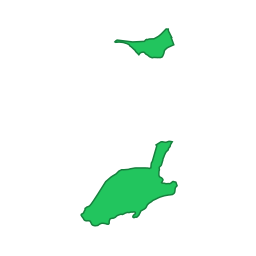 Miri, Sarawak, Malaysia, rotated 61°
{"feature_id": "92858781B82463401188704", "entity_name": "Miri", "entity_type": "district", "adm_level": 2, "iso_a3": "MYS", "parent_name": "Malaysia", "parent_adm1": "Sarawak", "projection": "natural_earth1", "projection_center": [115.075, 3.792], "detail": "fine", "context": "isolated", "style": "filled", "palette": "green", "viewbox_px": 256, "rotation_deg": 61, "n_neighbors": 0, "source": "geoboundaries", "source_scale": "gbopen_adm2", "svg_char_len": 3578}
<svg xmlns="http://www.w3.org/2000/svg" viewBox="0 0 256 256"><g transform="rotate(61 128 128)"><path d="M198.4,112.5L198.2,112.8L197.9,113.2L196.6,114.5L196.6,115.3L197.0,117.3L196.9,118.6L196.3,119.4L195.1,121.9L194.3,122.6L193.8,123.2L193.3,124.1L192.4,125.0L191.8,125.0L191.6,124.4L191.0,123.4L190.5,122.7L189.9,122.4L188.5,122.6L187.6,123.0L186.9,123.5L185.8,124.1L184.3,123.9L182.0,122.6L181.0,122.0L179.8,120.8L179.1,120.5L178.0,120.1L177.5,119.6L177.2,118.7L176.9,117.5L176.5,116.7L175.9,116.1L174.1,114.3L173.3,113.4L172.0,112.4L171.2,111.4L170.6,110.6L169.5,109.4L167.7,106.9L167.3,105.9L166.9,104.6L166.7,103.6L165.9,102.8L165.4,102.2L165.0,101.5L164.8,100.6L164.5,100.1L163.4,99.1L162.9,98.5L162.6,97.9L161.5,96.0L160.7,96.9L159.8,98.1L159.4,99.0L159.2,100.4L158.9,101.8L158.2,102.8L157.3,103.9L156.7,104.6L156.1,105.8L156.4,111.7L157.6,111.5L168.9,122.8L169.9,124.5L171.5,125.7L173.9,127.3L173.7,129.0L172.7,130.0L171.3,132.3L166.4,141.2L164.8,145.8L164.4,147.7L162.4,152.1L161.4,153.8L161.3,157.1L161.8,158.6L162.4,160.9L162.5,164.4L162.7,166.9L163.7,171.5L164.1,173.5L171.4,186.8L175.0,193.6L176.3,196.3L176.9,197.6L177.5,199.3L177.5,200.8L177.2,202.3L177.5,204.0L177.5,204.5L179.0,205.5L179.4,206.4L179.8,207.0L180.3,207.4L180.7,208.2L180.9,209.4L180.8,210.5L181.4,211.2L182.4,211.2L183.1,211.2L184.5,211.0L185.5,210.9L186.2,210.9L187.0,210.9L187.5,210.7L188.1,210.4L188.8,209.7L189.3,208.9L189.6,208.1L190.4,206.9L191.1,206.3L191.9,206.3L192.6,206.3L193.4,206.3L194.3,206.4L195.0,206.3L195.6,206.1L196.2,205.7L197.1,204.8L197.6,204.1L197.9,203.4L198.6,201.6L198.4,200.6L198.3,199.4L198.4,198.0L198.7,196.9L199.3,195.9L200.2,194.7L200.9,193.9L202.0,192.9L202.6,191.9L202.5,191.2L202.1,190.6L200.8,189.9L199.9,189.1L199.3,188.4L198.8,187.6L198.9,186.6L199.2,185.9L199.5,185.0L199.8,184.4L199.9,183.4L199.9,182.3L199.4,180.2L199.5,178.4L199.7,177.5L199.8,176.5L200.2,175.8L200.4,175.4L200.9,174.9L201.0,174.2L201.1,173.1L201.1,172.2L201.1,171.4L201.3,170.7L201.4,169.7L201.8,169.1L202.5,168.1L202.8,166.8L202.9,166.1L203.4,165.5L203.6,165.1L203.9,164.4L204.2,163.6L204.7,162.8L205.5,162.6L206.1,162.8L206.6,163.5L206.7,164.4L206.9,165.2L207.1,165.8L207.8,166.7L208.5,166.9L209.2,166.4L209.4,165.9L209.5,165.0L209.7,164.4L210.1,163.9L210.2,163.0L209.9,162.1L209.5,160.8L208.6,159.5L207.6,158.0L206.8,157.0L206.8,155.7L206.8,153.8L206.8,152.8L206.5,151.3L205.9,150.2L205.0,149.0L204.6,148.3L204.3,147.3L204.0,146.3L203.8,143.1L203.6,142.2L203.4,141.3L203.7,137.5L203.7,136.3L203.8,135.1L203.9,133.8L204.2,132.2L204.9,129.0L206.3,124.9L206.8,123.8L207.4,122.2L207.7,121.4L207.6,120.1L207.3,119.0L206.8,118.3L206.2,117.8L205.4,117.2L204.5,116.6L204.0,116.2L203.3,115.6L202.6,114.2L202.5,113.4L202.2,113.0L201.4,112.9L200.2,112.7L199.5,112.5L198.4,112.5ZM69.2,83.0L68.4,81.4L68.3,79.9L68.9,78.0L69.6,77.2L70.1,77.0L71.9,76.6L72.7,76.2L73.4,75.6L76.1,74.6L78.3,72.8L78.8,71.2L80.0,69.2L80.9,67.8L81.2,67.1L82.2,65.4L82.4,63.7L81.9,62.8L81.1,61.7L80.2,60.6L78.0,58.6L77.7,58.0L77.0,55.4L76.9,53.5L77.1,51.5L77.2,49.9L77.3,48.8L77.4,47.6L69.9,46.4L70.0,45.9L63.2,45.6L62.2,45.4L61.7,45.2L61.1,44.8L60.8,44.9L60.7,45.6L60.5,45.8L60.2,46.1L59.9,46.6L60.0,47.1L60.9,50.0L62.0,53.8L62.3,55.3L62.6,57.1L62.6,58.6L62.6,60.0L62.6,61.1L62.5,62.1L62.2,62.9L61.7,63.7L61.3,64.6L60.9,65.4L60.5,66.2L60.3,67.2L60.1,68.2L59.6,68.6L59.5,69.7L60.0,71.2L60.1,71.8L55.0,82.2L45.8,94.9L45.9,96.5L46.3,97.7L47.1,97.2L48.5,94.1L50.9,90.7L53.8,87.9L55.8,86.6L57.4,86.5L58.6,85.8L63.0,84.4L63.1,84.2L64.8,84.2L67.6,83.4L69.2,83.0Z" fill="#22c55e" stroke="#15803d" stroke-width="1.5"/></g></svg>